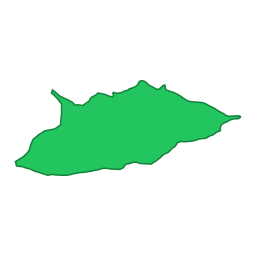 the district of Hadibu, Hadramawt, Yemen
{"feature_id": "15242507B399982580631", "entity_name": "Hadibu", "entity_type": "district", "adm_level": 2, "iso_a3": "YEM", "parent_name": "Yemen", "parent_adm1": "Hadramawt", "projection": "albers", "projection_center": [54.052, 12.499], "detail": "fine", "context": "isolated", "style": "filled", "palette": "green", "viewbox_px": 256, "rotation_deg": 0, "n_neighbors": 0, "source": "geoboundaries", "source_scale": "gbopen_adm2", "svg_char_len": 4134}
<svg xmlns="http://www.w3.org/2000/svg" viewBox="0 0 256 256"><path d="M15.4,161.6L15.6,161.9L16.0,163.4L16.1,164.7L16.7,166.0L17.4,166.2L17.9,166.3L18.1,166.3L19.5,166.4L21.0,166.6L22.5,166.7L23.9,167.2L25.4,167.8L26.7,168.2L28.3,168.5L29.7,168.8L30.1,168.9L30.9,169.3L31.3,169.5L32.7,170.3L33.9,170.8L35.4,171.4L37.2,171.9L38.9,172.4L41.0,173.1L42.7,173.7L44.6,174.3L46.3,174.8L47.6,175.2L49.2,175.1L50.5,174.6L51.8,174.5L53.4,174.6L54.8,174.8L56.1,174.9L57.7,175.0L59.2,175.1L61.3,175.2L62.9,175.3L64.4,175.3L65.9,175.2L67.3,175.1L68.6,175.0L70.0,174.7L71.8,174.2L73.2,173.8L74.6,173.6L76.0,173.4L77.5,173.1L78.8,172.7L80.5,172.6L81.8,172.4L83.3,172.4L84.7,172.2L86.0,172.0L87.4,171.8L88.8,171.6L90.2,171.4L92.2,171.0L93.7,170.6L95.4,170.1L96.9,170.0L98.5,169.9L100.1,169.1L102.0,168.6L103.4,168.3L105.2,168.3L106.7,168.3L108.7,168.6L110.1,168.9L111.6,169.1L112.9,169.1L114.5,169.2L115.8,169.3L117.7,169.4L119.6,169.3L121.1,168.9L122.6,168.2L123.6,167.3L124.6,165.9L125.3,164.8L126.7,164.1L128.2,163.8L129.6,163.5L131.1,163.1L132.4,162.6L134.1,162.1L135.8,162.2L137.2,162.5L138.5,162.9L139.7,163.4L141.4,163.5L142.9,163.7L144.6,163.8L146.3,163.8L148.1,163.8L150.1,164.1L151.5,164.0L152.6,163.0L154.3,162.0L156.2,160.8L157.3,160.0L158.4,159.1L159.7,158.2L161.1,156.9L162.1,155.8L163.1,155.0L164.3,154.1L165.5,153.6L166.8,153.1L168.0,152.5L169.0,151.6L170.3,150.4L171.2,149.4L172.2,148.4L173.4,147.5L174.8,146.7L175.7,145.5L176.6,144.2L177.5,142.7L178.7,142.2L179.9,141.9L181.4,141.5L182.9,141.6L184.5,141.7L185.8,141.7L187.4,141.6L188.8,141.4L190.4,141.2L192.5,141.0L193.9,140.7L195.3,140.3L196.9,139.9L198.2,139.3L199.5,138.9L201.1,138.7L202.6,138.6L204.1,138.5L205.9,138.2L207.1,137.6L208.5,136.7L209.9,135.9L211.1,135.4L212.7,135.0L213.9,134.3L215.1,133.3L216.1,132.4L217.5,131.9L218.8,131.4L220.4,130.5L220.4,130.4L220.5,130.4L220.3,129.1L220.3,127.6L220.7,126.1L221.6,124.6L222.6,123.9L223.8,123.1L225.1,122.6L226.4,122.1L228.0,121.2L229.4,120.3L230.0,120.1L230.9,119.7L232.3,119.2L233.5,119.0L233.9,118.9L235.5,118.8L237.1,118.7L238.5,118.7L240.6,117.1L239.8,116.0L238.7,116.0L238.2,115.9L236.8,115.9L235.3,115.9L233.9,116.1L232.5,116.2L231.2,116.2L230.9,116.2L229.7,116.2L228.1,116.1L226.4,115.6L225.2,114.8L224.0,113.9L222.8,113.3L221.3,112.5L220.1,111.9L218.9,111.2L217.7,110.5L216.6,109.8L215.5,108.9L214.3,108.2L212.4,107.3L210.6,106.4L209.2,105.8L207.9,105.1L206.7,104.4L205.4,103.7L204.0,103.1L202.7,102.7L200.8,102.4L198.9,102.3L197.3,102.3L195.9,102.1L194.0,101.9L192.6,101.8L191.2,101.7L189.9,101.5L188.6,101.0L187.3,100.5L185.8,99.7L184.4,98.9L183.1,98.0L182.0,97.1L180.9,96.4L179.7,95.6L178.3,94.8L177.1,94.1L175.9,93.5L174.4,92.8L172.7,92.1L171.3,91.8L169.7,91.2L167.6,90.5L166.4,90.0L165.6,88.9L165.2,87.6L165.2,86.3L164.8,85.0L163.4,85.3L162.4,86.3L161.3,87.2L161.3,87.3L160.5,88.1L160.4,88.2L159.4,89.1L157.9,89.3L156.6,89.2L155.7,88.8L155.5,88.6L154.2,87.9L152.1,86.7L150.6,86.0L149.3,85.3L147.9,84.3L146.9,83.2L145.6,82.0L143.9,81.1L142.5,80.7L141.0,80.7L140.7,80.9L139.1,81.6L138.6,82.9L138.0,84.1L137.2,85.3L136.1,86.2L135.0,86.8L133.5,87.4L132.2,88.0L130.7,88.3L129.3,88.9L128.3,89.8L128.2,89.9L126.6,90.5L125.4,90.7L123.6,91.4L122.6,92.1L121.7,92.5L120.7,92.8L119.3,93.0L118.0,93.2L116.7,93.3L114.6,92.7L113.2,92.4L113.1,92.7L112.9,93.3L113.5,95.6L112.7,96.7L111.1,96.6L109.7,96.4L108.5,95.9L107.0,95.1L105.6,94.7L105.4,94.7L104.0,94.2L102.2,93.9L101.1,93.6L100.9,93.6L99.4,93.2L97.7,93.1L96.8,94.1L95.8,95.0L94.6,95.6L93.5,96.3L91.9,97.1L90.7,98.0L89.9,99.3L89.3,100.6L88.5,101.7L87.4,102.2L86.3,102.9L85.4,103.6L84.1,104.5L83.0,105.4L81.5,105.3L80.2,105.1L77.5,104.8L76.1,105.0L74.7,105.0L73.9,103.7L73.7,103.6L72.9,102.7L71.5,101.8L70.3,101.1L69.1,100.4L67.9,99.8L66.0,99.0L64.7,98.4L63.4,97.8L62.2,97.2L61.2,96.8L60.8,96.6L59.6,95.9L58.3,94.8L58.3,94.7L57.0,93.5L55.7,92.6L55.4,92.2L54.3,91.3L53.2,90.5L52.5,90.0L52.3,90.7L51.5,93.1L54.3,95.4L57.9,99.2L61.6,104.0L61.6,111.7L61.6,113.4L60.4,125.1L54.8,128.9L45.1,130.8L44.8,130.8L39.2,134.4L37.6,135.7L33.2,139.3L32.4,140.9L30.5,145.3L29.6,149.3L28.4,151.4L26.9,153.3L22.8,157.1L15.4,161.6Z" fill="#22c55e" stroke="#15803d" stroke-width="1.5"/></svg>